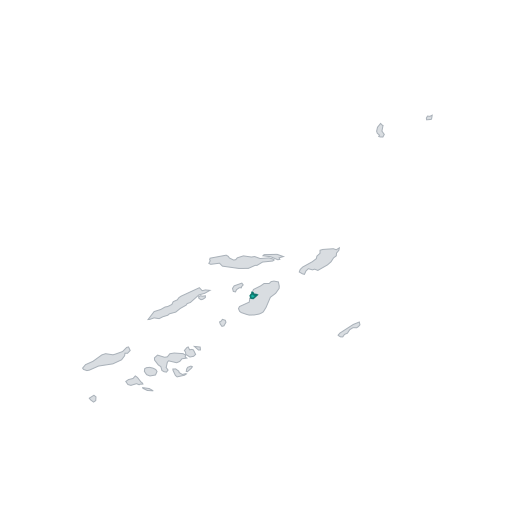 North Guadalcanal, Guadalcanal, Solomon Islands (highlighted), rotated 291°
{"feature_id": "97153195B68303818667914", "entity_name": "North Guadalcanal", "entity_type": "district", "adm_level": 2, "iso_a3": "SLB", "parent_name": "Solomon Islands", "parent_adm1": "Guadalcanal", "projection": "equal_earth", "projection_center": [160.207, -9.472], "detail": "fine", "context": "in_parent", "style": "filled", "palette": "teal", "viewbox_px": 512, "rotation_deg": 291, "n_neighbors": 0, "source": "geoboundaries", "source_scale": "gbopen_adm2", "svg_char_len": 4889}
<svg xmlns="http://www.w3.org/2000/svg" viewBox="0 0 512 512"><g transform="rotate(291 256 256)"><path d="M202.9,258.7L210.5,266.2L213.8,265.5L223.8,265.6L229.7,271.0L233.2,273.4L235.1,278.2L237.5,279.3L239.0,281.7L239.8,286.2L236.2,288.5L234.0,289.2L228.2,287.7L222.6,284.2L211.6,283.8L206.4,282.8L204.7,281.5L203.0,279.8L200.4,275.6L198.4,270.8L198.1,267.9L197.9,262.4L198.5,260.5L200.6,258.5L202.9,258.7ZM237.5,213.9L246.1,227.9L245.7,230.3L244.6,231.9L244.2,236.6L245.3,238.4L247.6,239.2L251.6,244.2L253.4,252.1L255.0,254.9L255.1,260.7L258.9,268.8L259.2,272.7L258.8,274.4L257.3,273.4L252.7,264.3L247.6,260.3L247.0,258.6L241.7,253.3L238.2,244.3L234.5,228.3L236.2,224.5L232.0,216.7L232.2,214.6L235.2,215.0L235.8,214.1L237.5,213.9ZM206.2,220.9L207.4,225.3L202.7,221.4L199.2,216.6L189.1,211.4L186.9,208.8L185.1,208.4L179.9,204.1L174.9,201.2L171.0,195.9L169.1,194.9L165.9,190.8L162.8,188.0L161.7,183.0L158.7,179.5L158.0,178.0L167.6,180.8L172.0,186.3L175.8,189.4L177.2,191.7L180.6,194.8L183.7,195.1L186.8,198.2L189.6,199.0L191.8,200.6L206.1,214.5L204.3,218.2L206.2,220.9ZM270.8,310.6L275.2,313.3L277.7,312.9L281.4,314.8L284.3,313.7L286.1,316.1L290.5,325.6L290.6,328.7L293.5,330.9L291.0,331.3L287.6,330.1L284.9,330.9L282.1,329.1L277.4,328.1L273.3,325.9L264.7,318.9L264.7,315.4L263.3,313.7L262.9,309.4L259.8,308.0L256.2,307.8L256.0,305.7L256.6,302.1L259.3,302.1L262.5,303.6L270.8,310.6ZM124.3,168.0L125.4,169.6L122.7,172.4L119.1,170.9L118.3,168.5L115.8,169.1L110.9,167.7L104.0,161.0L96.8,148.4L89.8,141.4L88.4,139.2L88.3,135.6L89.2,134.3L93.5,135.8L99.2,141.5L108.4,147.5L110.9,150.6L112.5,157.9L114.1,160.0L119.0,165.7L124.3,168.0ZM133.9,210.6L136.1,214.4L138.7,222.9L138.2,225.9L136.4,226.0L135.9,227.9L133.5,223.7L130.2,222.6L127.9,220.1L126.8,211.9L125.0,211.3L119.7,212.1L118.0,214.8L115.5,214.0L115.0,211.6L115.4,209.2L118.6,206.8L119.3,203.8L122.5,198.6L124.5,197.7L128.2,199.6L128.7,207.0L130.1,209.4L133.9,210.6ZM231.4,376.1L229.0,377.7L226.8,376.9L225.1,375.7L223.8,372.2L220.8,369.9L216.7,369.0L214.5,366.7L211.6,366.0L210.8,364.1L211.1,362.1L211.5,361.0L214.2,362.0L227.0,371.4L231.4,376.1ZM96.6,195.7L95.9,196.3L94.8,193.8L93.9,193.0L94.0,190.2L90.4,185.6L90.1,182.5L92.2,179.4L94.9,181.2L97.6,185.1L100.8,186.3L100.1,188.9L97.3,193.5L96.6,195.7ZM114.1,203.1L112.7,205.0L108.9,204.8L106.0,200.0L106.0,196.4L108.3,193.1L111.0,192.5L112.5,193.8L113.9,196.5L114.4,200.0L114.1,203.1ZM145.9,231.2L142.5,234.9L140.0,233.7L138.0,230.5L139.0,225.7L141.0,224.7L142.1,223.0L145.8,224.3L146.8,225.3L144.6,227.6L145.8,229.5L145.9,231.2ZM423.4,327.8L417.7,328.8L415.5,332.2L412.5,331.8L411.6,329.1L411.6,327.7L413.1,328.0L414.0,325.3L415.7,323.9L419.7,323.3L424.4,324.8L423.3,327.2L423.4,327.8ZM265.1,275.1L265.3,281.8L262.6,278.2L261.4,279.5L260.3,277.7L260.6,269.9L258.7,262.4L260.2,263.1L265.1,275.1ZM121.0,232.6L121.0,233.3L119.1,232.0L114.9,225.7L115.6,223.6L119.5,219.5L120.7,218.9L121.8,221.5L120.8,225.2L119.6,226.1L119.0,229.7L121.0,232.6ZM217.3,245.7L220.3,246.3L225.6,252.5L224.4,254.4L221.9,253.4L221.1,253.8L220.3,251.7L217.6,249.9L215.1,249.7L214.8,247.5L217.3,245.7ZM183.4,251.7L179.3,251.1L178.1,249.4L179.6,247.1L181.4,245.6L183.0,247.0L184.8,247.3L185.0,250.3L183.4,251.7ZM67.1,157.1L63.6,158.2L61.4,156.7L62.4,153.1L63.5,151.3L67.9,154.6L67.1,157.1ZM200.7,223.0L199.0,223.6L196.6,221.9L195.5,220.4L196.0,217.9L197.4,217.0L199.1,218.6L199.2,220.3L200.7,223.0ZM450.6,370.0L447.5,370.7L446.3,370.6L444.3,366.5L445.8,365.6L448.1,366.0L448.7,368.3L450.6,370.0ZM129.9,234.7L129.8,236.3L127.9,235.8L123.4,233.4L123.3,232.2L125.8,231.8L127.6,232.1L129.9,234.7ZM94.0,203.8L93.3,208.4L91.5,202.7L91.9,197.9L92.5,197.4L94.0,203.8ZM151.0,236.5L148.4,237.8L147.6,236.0L149.5,230.9L151.0,236.5Z" fill="#d9dde1" stroke="#a8b0b8" stroke-width="1"/><path d="M220.6,265.3L220.4,265.4L220.2,265.5L219.9,265.5L219.7,265.6L219.4,265.7L219.3,265.8L219.2,265.8L218.9,265.8L218.7,265.7L218.4,265.5L218.4,265.4L218.3,265.2L218.2,265.2L217.9,265.2L217.7,265.0L217.4,265.0L217.2,265.0L217.1,264.9L216.9,264.8L216.7,264.9L216.7,265.0L216.4,265.2L216.3,265.3L216.1,265.5L215.9,265.6L215.8,265.8L215.7,265.8L215.4,266.0L215.2,266.1L214.9,266.1L215.0,266.4L215.0,266.5L214.9,267.0L215.0,267.1L215.2,267.9L215.3,267.9L215.4,268.1L215.4,268.3L215.3,268.5L215.8,268.8L216.0,269.0L216.9,269.4L216.9,269.5L217.5,269.7L217.9,270.0L218.0,270.0L220.1,271.1L220.1,270.9L220.2,270.7L220.0,270.4L219.9,270.3L219.9,270.2L219.8,269.9L219.7,269.7L219.5,269.4L219.4,269.3L219.4,269.2L219.2,269.2L219.2,269.3L219.1,269.2L219.0,268.9L218.9,268.8L218.9,268.7L219.0,268.6L219.0,268.4L219.1,268.5L219.2,268.4L219.3,268.3L219.5,268.4L219.4,268.2L219.5,268.1L219.5,267.9L219.6,268.0L219.7,267.9L219.6,267.6L219.7,267.4L219.8,267.4L219.8,267.2L220.0,267.0L220.0,266.9L220.1,266.7L220.3,266.5L220.5,266.5L220.5,266.4L220.6,266.2L220.7,265.9L220.7,265.7L220.6,265.3Z" fill="#14b8a6" stroke="#0f766e" stroke-width="1.5"/></g></svg>